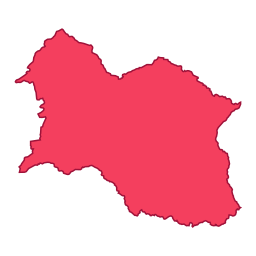 Redenção, Pará, Brazil
{"feature_id": "56859067B40861427462904", "entity_name": "Redenção", "entity_type": "district", "adm_level": 2, "iso_a3": "BRA", "parent_name": "Brazil", "parent_adm1": "Pará", "projection": "mercator", "projection_center": [-50.206, -8.057], "detail": "fine", "context": "isolated", "style": "filled", "palette": "rose", "viewbox_px": 256, "rotation_deg": 0, "n_neighbors": 0, "source": "geoboundaries", "source_scale": "gbopen_adm2", "svg_char_len": 5768}
<svg xmlns="http://www.w3.org/2000/svg" viewBox="0 0 256 256"><path d="M44.2,43.9L44.4,45.3L45.2,46.2L44.6,46.8L42.7,47.3L41.6,48.1L40.4,49.9L39.6,50.6L37.6,51.2L35.9,52.6L35.2,53.6L35.0,54.9L33.8,57.6L33.4,60.8L33.0,61.8L29.8,64.5L27.9,66.8L27.5,67.8L29.5,68.7L30.0,69.5L29.8,70.7L28.9,71.4L27.7,71.3L26.9,71.7L26.3,72.6L26.9,73.4L24.8,75.2L18.9,79.2L16.6,80.0L15.9,80.7L15.4,81.8L16.2,82.6L18.1,82.3L20.2,82.4L21.2,82.1L23.3,80.7L24.2,80.4L26.0,81.3L28.0,81.7L29.6,83.2L30.4,83.0L32.1,81.9L33.0,82.1L33.6,83.4L33.9,85.0L34.5,86.1L34.9,89.2L36.1,92.5L36.7,98.7L37.2,99.7L39.1,99.9L40.5,98.6L41.6,98.7L42.7,98.3L43.3,100.2L44.1,100.9L44.5,102.9L43.7,103.9L41.3,105.2L40.0,106.9L40.7,107.6L43.3,108.0L43.9,108.6L43.8,109.9L43.1,110.8L41.1,112.4L38.0,114.0L39.7,117.3L42.2,117.4L45.5,116.9L46.0,118.1L43.2,124.3L42.6,126.7L41.0,127.2L40.6,133.4L40.2,134.7L40.7,136.5L39.8,138.4L40.3,139.9L30.6,141.4L30.6,145.7L31.2,146.3L30.9,148.1L31.4,149.0L33.3,148.9L32.4,151.1L32.7,153.3L27.8,156.8L25.2,157.3L24.4,158.1L24.3,160.1L21.7,163.7L21.0,165.2L19.1,166.9L20.3,168.5L19.4,172.3L24.6,172.2L26.2,171.6L28.6,168.5L35.1,165.0L37.6,165.1L38.3,163.9L39.1,164.2L40.1,163.1L42.5,163.8L44.1,162.8L47.5,162.3L49.2,162.4L50.1,162.6L50.9,163.2L52.6,163.3L53.8,163.8L54.2,164.6L54.4,166.5L55.3,167.0L57.5,167.6L58.1,168.4L58.5,170.5L59.4,171.0L61.5,170.7L62.3,171.1L63.1,171.5L63.6,173.2L67.3,174.4L68.4,174.4L69.3,174.0L71.1,171.7L72.7,171.2L75.2,169.5L80.5,169.6L81.7,168.7L81.9,167.8L82.6,167.1L83.5,167.5L85.0,166.7L88.8,166.5L89.5,165.8L91.9,165.4L95.1,167.3L96.9,168.0L98.9,169.4L99.3,170.2L101.3,171.0L102.1,173.0L101.3,174.7L101.9,175.4L103.6,175.8L103.9,178.0L104.6,178.7L105.6,179.0L107.1,180.4L109.2,180.9L109.6,181.7L110.7,181.6L112.6,182.4L114.7,184.0L114.5,184.9L115.9,185.9L116.7,187.5L116.7,189.9L117.1,190.8L118.9,191.2L118.9,192.2L118.3,193.1L119.2,193.4L122.3,195.6L124.2,195.8L124.6,196.6L124.7,197.8L124.2,198.5L125.3,201.2L124.8,201.9L125.3,204.3L125.9,205.1L126.7,205.3L128.1,206.6L128.4,207.5L128.2,208.3L128.8,209.7L129.5,210.6L129.5,211.5L131.5,212.4L134.7,215.3L135.6,215.3L137.2,215.9L138.0,215.1L138.2,214.0L140.0,212.7L139.6,211.9L140.1,211.0L140.8,210.3L141.7,209.8L142.4,211.5L143.3,212.0L144.2,211.8L145.0,212.4L145.5,213.4L146.3,214.1L147.1,213.7L149.0,214.1L149.9,214.7L150.2,215.5L151.1,215.7L152.7,214.8L154.4,215.5L154.8,214.6L155.6,214.5L157.5,216.1L159.3,216.5L160.0,217.0L162.1,216.6L162.9,217.0L163.5,217.9L163.8,218.8L164.7,219.1L165.6,218.8L168.9,216.5L170.9,215.9L171.9,216.4L172.6,217.2L172.8,218.3L174.5,220.9L175.3,220.8L176.3,221.2L176.9,220.5L178.4,222.9L180.1,224.0L181.0,224.0L181.8,224.4L184.0,224.1L186.4,225.7L188.2,225.5L189.0,225.7L189.9,222.9L190.9,222.6L192.0,223.3L192.6,224.3L192.1,226.2L192.7,226.9L194.8,225.1L195.8,225.4L196.6,224.7L197.6,224.8L199.1,223.1L201.2,222.4L202.3,222.5L203.9,221.3L205.7,220.7L207.6,221.7L208.2,222.3L210.1,222.4L210.4,223.3L210.3,224.2L211.9,225.3L213.7,225.7L215.4,225.5L215.5,224.5L216.3,224.7L216.5,225.5L218.5,226.1L219.4,225.9L222.1,224.2L223.1,224.1L224.0,223.4L225.0,223.2L225.5,222.2L225.3,221.2L226.3,219.4L226.8,218.7L227.8,218.6L228.6,218.1L229.1,215.0L231.0,215.2L232.9,216.0L234.5,215.5L235.5,214.6L236.2,212.2L236.0,210.9L236.4,209.9L237.3,209.0L237.9,209.8L238.9,209.6L239.1,208.6L240.6,207.6L239.3,206.9L238.6,205.0L236.8,202.6L236.6,201.7L235.8,201.5L235.1,200.9L233.4,197.1L233.4,196.1L232.9,195.3L232.2,192.9L231.9,190.8L232.4,189.9L232.0,188.8L231.0,187.3L230.3,186.8L229.7,185.9L229.5,184.9L227.4,182.6L227.3,180.8L226.8,180.1L226.8,179.1L227.7,178.7L228.5,177.1L228.0,175.3L227.3,174.6L227.2,173.7L227.6,171.8L227.2,171.0L227.2,170.1L227.4,169.2L228.7,167.6L228.9,166.7L228.7,165.9L229.2,165.0L229.5,163.8L228.9,160.7L228.2,158.8L228.6,157.9L228.4,157.1L227.8,156.5L227.3,153.5L225.4,152.9L225.0,152.1L224.3,151.4L223.1,151.7L222.4,150.0L221.6,149.6L220.7,149.7L219.6,149.1L218.0,145.6L217.8,144.6L218.1,143.5L217.7,142.6L216.3,141.2L215.6,139.4L215.9,137.5L216.5,136.5L217.2,132.8L216.9,130.2L218.2,127.6L223.5,121.6L225.4,120.8L226.1,120.2L227.4,117.6L228.3,117.0L229.4,115.3L230.1,114.8L231.2,112.3L233.0,111.1L234.1,110.7L235.2,109.3L237.6,108.8L239.1,107.8L240.6,104.2L240.6,102.2L239.5,102.7L237.6,104.3L236.6,104.0L235.8,103.4L234.8,103.7L234.1,104.5L231.8,103.4L231.3,102.3L231.4,101.2L230.4,99.4L229.2,98.6L226.3,98.9L225.8,97.6L225.0,96.8L224.1,97.3L222.4,96.2L219.6,96.6L217.6,95.0L216.1,94.4L214.9,94.9L214.4,96.2L213.3,95.8L212.2,94.7L210.9,91.2L210.1,90.9L209.5,90.2L210.0,89.1L208.2,88.0L207.1,88.2L206.5,87.5L206.4,86.4L205.1,85.9L204.7,85.1L203.2,85.2L203.1,83.9L202.4,83.2L201.0,82.8L197.3,80.9L196.9,80.0L197.1,78.8L198.1,78.3L198.1,77.4L193.2,75.2L191.5,71.9L188.9,70.8L187.2,70.7L185.6,71.4L184.7,70.6L183.8,71.6L182.8,71.4L181.4,69.4L181.6,67.5L181.4,66.3L180.3,65.9L178.0,66.2L177.0,65.9L176.0,65.2L174.7,65.0L172.6,63.9L171.3,63.6L170.0,61.9L168.4,61.3L167.8,59.6L163.7,59.4L163.6,57.9L159.9,57.6L158.3,57.1L157.5,59.0L155.6,60.2L154.5,60.3L153.3,62.9L151.8,64.7L146.9,64.6L141.4,67.6L139.2,67.6L138.9,68.7L137.3,68.6L136.0,69.0L134.6,69.9L132.3,70.7L131.3,71.6L128.2,72.4L125.7,74.2L124.5,73.9L122.7,74.6L122.4,76.0L123.2,76.7L122.3,78.0L121.3,78.0L120.8,78.9L118.5,79.1L118.3,77.0L115.3,75.7L111.0,75.3L110.4,73.8L107.8,72.6L106.6,72.4L104.8,68.5L104.0,67.9L103.0,65.2L101.2,64.0L101.0,62.3L101.2,61.0L101.0,60.1L100.4,59.3L99.0,58.6L98.2,56.8L96.8,54.8L92.1,52.6L91.9,50.6L92.7,47.8L92.4,46.6L90.9,45.0L89.5,45.4L83.9,43.5L81.2,42.9L78.8,42.6L76.8,40.8L74.8,39.7L74.1,38.1L73.2,37.6L72.6,36.6L71.3,36.4L69.5,36.7L68.8,36.2L67.6,34.3L66.1,33.9L64.6,32.1L63.0,29.7L62.0,29.1L58.7,30.9L56.6,31.5L54.8,35.7L53.6,36.7L52.9,37.7L51.1,39.0L47.5,39.3L45.0,40.9L44.6,41.7L44.7,42.6L44.2,43.9Z" fill="#f43f5e" stroke="#9f1239" stroke-width="1.5"/></svg>